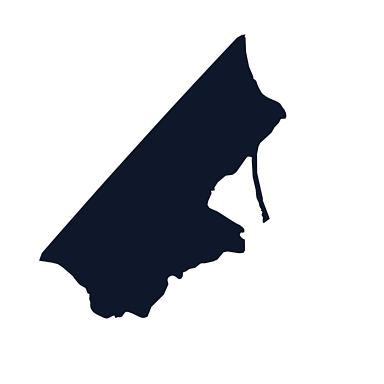 SVG path tracing the border of Kaliningrad, rotated 129°
{"feature_id": "RUS-2324", "entity_name": "Kaliningrad", "entity_type": "Region", "adm_level": 1, "iso_a3": "RUS", "parent_name": "Russia", "parent_adm1": "", "projection": "albers", "projection_center": [21.339, 54.816], "detail": "fine", "context": "isolated", "style": "filled", "palette": "ink", "viewbox_px": 384, "rotation_deg": 129, "n_neighbors": 0, "source": "natural_earth", "source_scale": "10m", "svg_char_len": 2558}
<svg xmlns="http://www.w3.org/2000/svg" viewBox="0 0 384 384"><g transform="rotate(129 192 192)"><path d="M206.6,114.5L209.4,117.4L215.3,127.5L218.7,130.3L228.2,130.5L232.1,132.4L238.7,137.6L240.4,139.8L242.0,141.1L248.6,142.5L251.8,145.3L253.6,146.5L257.0,147.3L259.3,148.8L260.2,149.2L261.0,148.8L263.5,146.9L265.9,146.6L267.1,147.5L267.4,149.3L267.4,152.0L268.3,154.7L270.4,156.5L273.0,157.3L275.1,157.0L276.9,155.7L277.9,154.2L279.1,152.9L289.4,150.1L291.1,150.3L306.9,152.0L316.7,148.9L319.0,150.2L319.6,150.8L320.5,151.8L321.6,155.1L323.3,162.5L324.6,166.2L325.8,168.2L327.4,169.0L332.7,168.8L333.6,169.1L334.2,169.8L334.9,170.9L335.9,171.9L337.1,172.4L336.1,174.6L336.9,175.9L342.6,178.4L343.8,179.8L344.6,181.8L346.2,188.5L346.7,191.5L346.5,194.4L345.3,197.4L343.9,199.0L341.0,201.2L339.7,203.4L339.0,204.3L337.3,205.3L336.3,206.2L335.5,206.4L335.2,206.7L335.0,207.5L335.3,208.3L335.5,209.0L335.5,209.7L333.5,212.8L333.1,214.0L333.1,215.6L333.8,219.4L333.9,221.2L333.5,224.2L331.6,232.1L331.2,244.9L331.8,251.3L334.5,257.0L340.5,267.2L333.9,269.5L315.8,268.9L293.4,268.0L266.6,266.9L239.9,265.7L198.2,263.5L163.9,261.6L136.1,259.9L108.4,258.1L71.3,255.5L51.5,254.0L44.0,253.4L39.3,251.6L37.3,249.9L39.0,249.3L39.0,248.0L49.5,238.8L59.2,227.1L64.3,217.6L64.8,217.0L65.2,216.8L65.5,216.7L65.9,215.9L66.0,215.1L65.9,213.2L66.0,212.5L66.5,211.3L67.5,210.0L69.0,207.3L71.6,201.2L72.1,198.5L71.9,194.6L71.4,191.4L69.0,182.9L68.7,181.3L68.6,179.2L70.0,174.7L70.7,171.9L72.2,169.0L74.2,166.9L76.0,166.4L78.4,169.2L79.5,169.7L83.4,168.8L89.9,169.3L95.8,168.3L111.0,170.6L114.9,169.7L122.1,165.9L136.6,154.0L153.2,133.1L154.5,132.3L164.2,115.6L170.3,117.2L170.3,117.7L166.8,120.2L165.8,121.2L166.0,121.8L165.4,123.0L163.1,123.8L162.2,125.0L162.4,126.2L161.4,126.5L161.0,127.1L160.8,128.2L160.3,129.5L159.7,130.6L158.1,132.3L157.4,133.5L155.7,137.1L154.6,138.6L149.8,143.2L141.6,153.7L129.3,164.9L128.4,165.6L127.5,165.8L126.9,166.3L126.7,167.7L126.9,168.6L127.6,169.8L128.5,171.0L129.2,171.7L131.0,172.0L148.7,170.8L152.6,171.9L157.8,176.8L168.1,178.8L174.8,178.1L175.9,177.1L176.3,176.4L177.3,177.1L178.2,178.2L178.5,178.8L179.6,178.6L180.2,177.9L180.6,177.2L181.1,176.6L189.1,174.4L192.9,172.4L194.1,168.7L193.5,165.5L191.9,160.2L189.6,140.0L189.3,138.7L189.3,138.1L188.5,134.5L188.3,134.1L188.3,130.4L188.5,129.1L189.0,128.0L190.3,127.0L191.1,127.4L191.7,128.5L192.3,129.1L193.6,129.2L194.7,129.1L195.7,128.5L196.5,127.4L196.8,126.0L197.0,124.0L196.9,122.1L196.5,121.3L204.2,114.9L206.6,114.5Z" fill="#0f172a" stroke="#020617" stroke-width="1.5"/></g></svg>